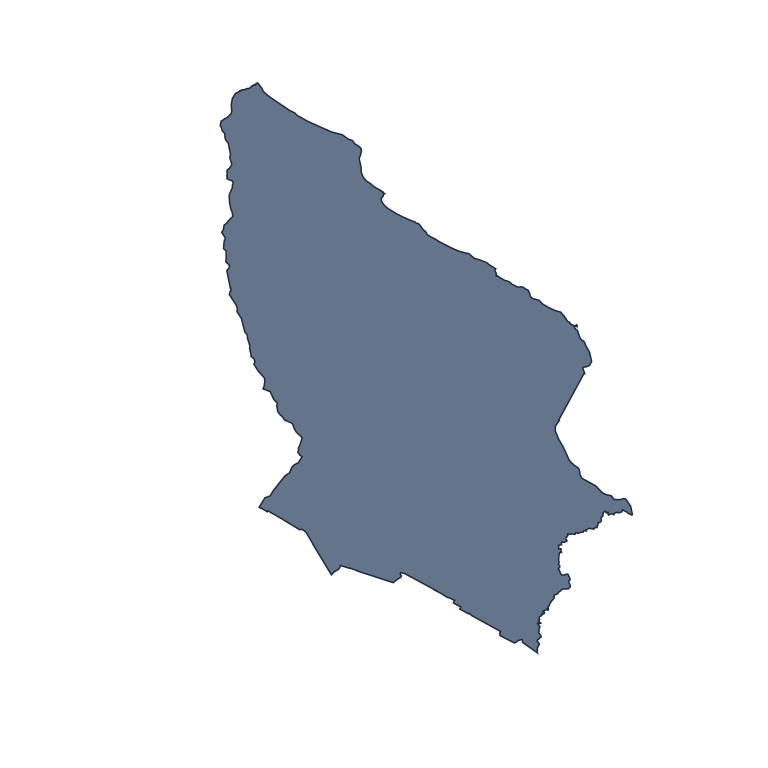 outline of Onkaparinga, South Australia, Australia, rotated 122°
{"feature_id": "25037944B62747843124796", "entity_name": "Onkaparinga", "entity_type": "district", "adm_level": 2, "iso_a3": "AUS", "parent_name": "Australia", "parent_adm1": "South Australia", "projection": "albers", "projection_center": [138.568, -35.187], "detail": "fine", "context": "isolated", "style": "filled", "palette": "slate", "viewbox_px": 768, "rotation_deg": 122, "n_neighbors": 0, "source": "geoboundaries", "source_scale": "gbopen_adm2", "svg_char_len": 6171}
<svg xmlns="http://www.w3.org/2000/svg" viewBox="0 0 768 768"><g transform="rotate(122 384 384)"><path d="M522.3,114.3L521.1,116.5L521.0,117.9L520.4,118.2L519.0,118.1L517.8,117.3L516.3,117.4L515.5,116.7L514.9,116.9L513.9,118.1L513.2,121.0L511.6,121.2L511.0,121.9L509.8,122.5L506.9,123.4L505.9,126.8L505.3,126.7L504.5,124.9L503.6,124.3L503.7,126.8L502.4,126.8L502.1,127.8L501.2,127.4L499.5,128.9L496.5,127.6L495.2,128.5L494.7,127.0L493.9,126.5L492.8,126.8L492.6,127.3L492.9,128.5L492.5,128.7L489.3,126.8L489.0,126.4L489.1,125.2L488.6,124.9L487.2,125.6L487.1,126.0L487.6,126.6L487.3,126.7L485.0,126.5L480.9,127.0L475.3,126.3L474.3,126.7L473.7,127.8L473.3,128.0L469.8,125.5L468.5,125.7L465.8,124.6L463.5,124.1L460.1,119.2L458.0,118.6L456.8,118.7L455.8,119.6L454.0,122.6L453.3,122.8L451.6,122.4L451.0,122.6L449.4,124.7L448.8,126.0L448.1,126.5L447.9,127.0L448.2,128.1L450.9,130.4L451.7,132.1L451.0,134.1L448.9,136.7L448.6,138.1L445.7,138.0L445.2,138.5L444.6,140.2L442.0,141.2L441.2,142.4L436.4,144.9L434.1,145.7L433.6,145.4L433.0,144.3L432.4,144.2L432.0,145.5L430.0,146.3L430.0,146.8L431.1,148.1L431.0,148.7L429.4,149.4L428.4,150.6L427.5,149.9L426.3,148.3L425.9,148.3L424.6,149.5L423.9,149.5L422.6,147.0L420.2,145.7L419.5,146.3L419.2,147.5L418.4,148.2L415.0,147.7L414.3,148.7L413.7,148.8L412.8,146.6L411.6,145.2L410.3,142.4L408.1,142.5L408.0,140.3L406.9,139.8L403.8,136.5L402.3,136.8L401.4,134.4L400.4,135.1L397.5,133.6L397.4,132.1L396.5,131.4L396.2,129.4L393.6,128.7L393.1,127.4L389.6,128.1L388.5,129.0L388.0,128.7L387.3,127.6L385.2,127.1L384.3,127.4L382.8,129.0L379.7,128.6L376.8,129.9L374.7,129.2L374.6,128.8L375.5,127.3L375.3,126.8L374.0,126.4L374.0,125.9L376.0,124.7L376.2,124.2L373.4,122.4L373.1,119.8L371.3,120.0L370.2,118.9L369.1,118.5L369.1,116.8L366.9,114.9L366.1,114.6L364.8,115.1L364.1,114.9L364.3,112.9L363.9,111.4L363.9,109.8L364.3,108.9L364.0,105.0L363.8,104.4L363.1,104.1L357.0,110.0L353.5,117.8L354.0,119.9L356.9,122.4L359.7,127.1L359.7,128.4L358.3,132.1L360.2,137.3L360.5,139.8L360.3,142.3L358.2,150.2L359.0,164.4L358.8,166.6L357.3,169.3L353.2,173.0L352.3,174.6L352.0,179.5L351.5,183.1L350.4,186.6L342.6,198.3L338.4,206.4L333.0,213.9L329.0,216.3L322.0,216.0L322.1,216.7L271.5,219.8L268.8,219.9L268.7,219.4L264.9,224.0L264.0,223.6L261.7,221.1L260.1,220.0L258.6,219.6L254.9,219.8L248.3,226.4L244.4,233.4L242.4,235.9L241.8,237.7L242.1,237.9L242.1,238.5L241.6,240.9L239.8,243.9L236.3,247.9L235.9,250.8L235.2,250.8L235.8,251.1L235.4,252.1L234.5,252.7L232.4,251.5L232.9,250.8L231.8,251.3L231.7,252.0L234.2,253.3L233.8,254.9L234.2,256.0L234.1,257.5L234.0,258.4L233.3,259.1L233.7,261.2L233.1,262.8L232.3,263.8L231.9,265.5L230.8,267.3L230.6,269.1L230.1,269.9L229.4,272.3L231.1,278.0L232.0,285.6L232.1,292.0L230.8,297.1L232.4,302.0L232.7,304.6L232.0,306.5L229.5,309.0L228.8,310.6L228.1,311.0L228.4,315.4L228.1,316.7L229.0,319.4L230.4,320.9L231.1,322.9L231.6,328.3L231.0,331.5L231.2,333.4L232.1,336.0L232.4,341.7L232.2,344.6L233.0,345.7L232.9,346.2L232.1,346.0L232.0,346.8L230.8,347.3L228.9,350.2L227.1,350.2L227.1,358.2L226.6,361.1L228.2,369.5L229.6,373.9L228.5,381.2L230.0,385.2L231.8,391.4L233.0,400.2L234.0,412.3L233.9,417.8L234.4,422.1L234.4,426.4L232.8,429.2L232.6,431.2L231.9,434.2L230.4,436.9L229.7,439.8L230.5,441.9L230.1,443.5L231.1,447.8L232.4,456.8L233.0,464.5L233.1,473.7L232.5,477.7L231.2,481.3L229.4,483.9L228.1,484.6L224.7,484.3L223.9,484.8L222.3,484.4L222.8,485.4L222.1,485.6L222.2,486.5L221.6,486.9L222.1,488.4L221.5,489.1L221.9,494.3L221.8,498.6L221.2,501.0L221.2,505.9L220.3,509.5L219.1,512.0L216.4,515.6L212.1,518.5L205.8,524.7L203.1,525.0L198.5,526.5L196.7,527.9L195.8,530.2L195.7,536.3L195.4,537.3L194.7,538.2L194.3,540.0L195.3,544.7L194.7,551.4L198.1,562.2L201.6,587.6L202.2,599.2L202.1,600.7L201.4,603.3L202.0,609.2L201.9,612.2L201.2,631.7L200.8,636.3L199.8,641.5L197.7,644.8L195.6,650.7L196.6,651.1L196.8,651.6L197.6,651.3L197.9,651.4L198.0,651.8L198.7,651.7L198.8,652.4L199.4,652.3L199.5,653.0L200.4,653.2L200.7,653.7L201.3,653.6L201.4,654.0L201.8,654.2L203.2,654.0L203.7,654.6L205.4,655.3L205.6,656.3L206.9,657.5L207.6,657.5L209.2,659.2L209.8,660.5L210.8,660.7L211.6,661.7L212.2,661.3L216.1,663.9L222.1,663.9L227.8,661.7L233.8,657.4L236.4,657.0L241.1,658.2L242.9,659.4L247.5,661.4L252.0,659.6L252.3,658.5L253.4,656.8L255.0,655.6L255.9,652.1L256.7,651.2L259.4,649.4L261.0,647.4L262.3,643.7L270.3,636.1L273.7,634.8L278.3,629.6L279.2,629.3L283.2,629.3L285.2,630.4L287.3,629.7L288.3,628.6L290.0,628.0L293.2,625.8L292.2,620.0L293.6,618.3L295.4,618.1L298.0,616.6L304.2,615.8L306.4,615.1L312.1,611.0L316.8,606.6L318.7,603.9L322.1,601.0L326.5,602.2L331.3,602.8L334.0,603.8L338.4,601.9L341.4,602.1L344.1,596.2L345.2,595.6L347.7,595.2L354.3,591.8L354.7,588.6L358.8,585.8L364.3,582.8L365.1,578.4L365.8,577.4L367.4,577.0L371.1,577.4L384.2,565.1L383.9,564.6L385.5,563.4L386.6,563.7L390.1,562.5L395.4,551.3L397.6,548.4L399.6,547.6L400.7,546.7L404.0,539.7L413.6,529.6L415.0,525.7L417.5,524.1L422.8,517.9L425.1,516.8L429.7,512.2L431.1,511.3L431.6,507.5L433.9,504.9L436.1,504.9L439.7,497.5L442.2,488.7L444.6,486.6L447.6,485.4L448.8,484.6L452.2,484.1L450.8,476.4L455.5,469.4L456.6,464.4L459.2,463.5L463.8,459.4L465.1,455.8L465.7,452.5L467.3,449.3L466.0,440.9L469.4,436.4L470.6,434.3L471.2,433.1L472.9,425.0L479.6,423.1L483.7,422.7L484.8,421.7L487.6,420.8L488.9,417.9L489.0,414.9L496.5,415.0L499.8,417.2L503.5,418.1L509.4,417.0L513.5,419.0L515.8,419.5L533.3,421.4L539.2,421.3L543.7,424.7L554.7,424.6L554.7,422.8L554.4,422.8L554.2,415.3L553.1,415.3L552.6,402.0L552.3,378.4L550.6,376.2L551.1,371.5L556.9,360.2L557.4,359.8L573.7,327.5L569.7,326.7L565.6,324.5L563.4,324.2L560.9,324.6L558.8,316.3L558.5,316.4L556.4,307.5L556.7,307.4L547.6,270.9L542.0,268.9L539.1,267.3L537.6,267.5L536.6,269.5L535.2,270.0L533.8,266.0L531.6,231.0L531.9,231.3L531.3,223.3L531.6,221.9L531.3,220.9L531.5,219.5L531.3,216.7L530.7,215.6L530.3,210.1L529.9,209.4L533.0,209.1L532.4,200.7L534.7,200.6L534.1,190.3L533.3,190.3L533.4,188.5L533.9,187.3L532.1,154.1L534.1,153.8L535.9,152.2L534.5,136.2L532.7,135.0L530.3,134.2L527.4,131.5L528.8,130.1L529.7,129.7L530.7,111.4L529.8,112.6L528.6,112.6L527.6,113.7L524.7,114.3L522.3,114.3Z" fill="#64748b" stroke="#1e293b" stroke-width="1.5"/></g></svg>